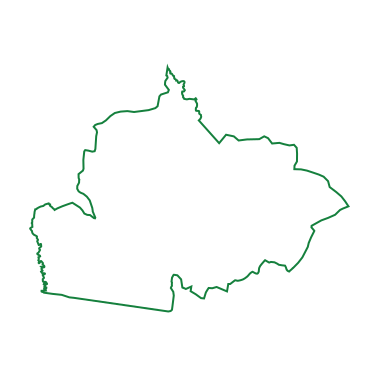 outline of Kota Lubuklinggau, Sumatera Selatan, Indonesia, rotated 96°
{"feature_id": "22746128B74548717001691", "entity_name": "Kota Lubuklinggau", "entity_type": "district", "adm_level": 2, "iso_a3": "IDN", "parent_name": "Indonesia", "parent_adm1": "Sumatera Selatan", "projection": "robinson", "projection_center": [102.884, -3.254], "detail": "fine", "context": "isolated", "style": "outline", "palette": "green", "viewbox_px": 384, "rotation_deg": 96, "n_neighbors": 0, "source": "geoboundaries", "source_scale": "gbopen_adm2", "svg_char_len": 5908}
<svg xmlns="http://www.w3.org/2000/svg" viewBox="0 0 384 384"><g transform="rotate(96 192 192)"><path d="M307.6,328.7L307.9,320.1L307.9,310.8L309.6,303.0L309.6,298.4L313.3,203.1L312.6,200.8L311.2,199.6L307.7,199.5L296.9,199.3L293.2,200.2L289.7,203.0L288.2,202.6L287.6,202.2L287.2,202.2L286.8,202.2L286.3,202.4L285.7,202.4L283.9,202.5L283.5,202.9L283.4,203.0L279.3,202.9L276.6,201.8L276.2,201.4L276.3,199.1L276.4,197.8L280.0,193.7L288.0,191.6L288.6,189.9L288.8,190.0L288.4,189.9L289.1,188.0L286.1,182.8L290.8,183.0L293.3,177.6L296.6,171.9L296.6,168.9L290.4,167.7L287.0,166.1L285.7,165.4L285.6,161.8L283.9,157.6L287.2,146.8L279.7,146.3L279.5,144.4L275.5,140.2L275.3,139.9L275.3,139.7L275.3,139.2L275.4,138.6L275.5,137.7L275.5,137.1L275.3,136.4L274.7,134.6L274.1,133.2L273.5,132.0L272.7,130.9L272.0,130.0L271.4,129.4L270.8,128.7L269.9,127.9L269.4,127.5L267.5,126.2L267.0,125.8L266.9,125.7L266.4,125.3L265.9,124.7L265.5,124.2L265.2,123.8L265.0,123.4L265.9,121.3L266.2,120.4L266.4,119.7L266.4,118.9L266.3,118.6L266.3,118.4L266.1,118.2L265.9,118.0L265.7,118.0L265.9,117.9L265.7,117.9L264.3,117.3L263.5,117.3L262.6,117.3L261.4,117.3L260.4,117.2L259.8,117.0L259.3,116.8L258.3,116.4L256.1,115.0L252.8,112.7L252.4,112.4L252.2,112.2L254.1,107.9L253.3,106.2L253.3,102.6L254.4,99.7L255.3,98.0L255.5,94.7L255.5,91.8L255.6,91.7L256.4,91.2L257.0,90.8L257.6,90.5L258.2,90.3L258.8,90.0L259.3,89.8L259.6,89.4L259.8,89.3L259.9,89.1L260.2,88.9L260.4,88.6L260.8,87.7L260.9,87.0L260.4,86.6L260.7,85.8L260.3,86.6L258.3,84.7L257.1,83.8L257.1,83.6L251.3,79.0L245.5,75.4L234.5,71.1L230.5,70.6L224.6,68.8L218.0,66.3L217.8,66.3L216.9,67.2L214.7,69.5L213.1,69.5L206.7,60.4L203.5,53.9L199.7,47.3L194.4,42.9L192.7,40.2L189.9,34.9L185.3,38.7L180.8,43.0L177.0,48.5L172.7,55.6L167.0,57.8L163.0,62.7L161.4,67.7L160.0,73.9L158.7,79.9L158.1,85.9L158.6,92.6L155.1,92.8L150.7,90.8L143.0,91.5L137.1,92.5L134.4,95.5L135.5,100.0L134.8,105.7L134.0,110.2L135.4,117.4L130.5,122.0L129.1,126.0L132.4,130.6L134.0,143.0L135.9,151.0L132.3,156.2L131.5,164.1L140.6,170.1L120.1,192.7L119.5,192.2L118.1,191.2L116.3,190.7L115.3,191.0L114.4,191.2L113.8,192.3L113.4,192.9L112.9,193.1L111.5,193.2L110.9,193.4L110.7,194.0L110.8,196.2L110.6,196.6L109.1,196.9L107.8,196.8L106.9,196.1L105.2,196.0L103.7,196.2L102.3,197.1L101.3,197.9L100.8,198.0L100.1,197.7L99.5,197.2L99.0,197.5L98.4,198.1L99.7,199.5L99.6,204.2L100.4,206.8L100.2,209.5L99.4,209.9L99.3,210.2L98.9,210.6L98.4,210.9L97.9,210.8L97.4,210.8L96.7,211.2L96.4,211.6L95.9,211.9L95.3,212.0L94.6,212.3L93.8,212.3L93.1,212.2L93.0,211.7L93.0,210.9L92.7,210.4L92.3,210.3L91.7,209.8L91.4,209.8L89.8,211.2L89.4,211.6L88.7,211.9L88.4,211.9L88.2,211.9L87.6,211.0L87.0,211.1L86.6,211.4L86.2,211.6L85.9,211.6L85.5,211.4L84.2,210.9L83.7,210.9L83.2,211.0L82.7,211.5L82.6,212.0L82.8,213.2L83.2,214.3L84.0,215.4L84.8,216.0L84.9,216.4L84.9,216.8L84.6,217.3L83.6,217.8L83.1,218.0L82.6,218.4L82.5,218.7L82.8,219.4L82.3,219.6L81.7,220.0L81.5,220.7L81.3,221.1L80.9,221.5L79.9,221.6L79.5,221.9L79.0,222.0L78.9,222.0L78.6,222.0L78.4,222.4L78.4,222.8L78.1,223.2L77.9,223.3L76.6,224.3L76.3,224.9L76.3,225.2L76.5,225.5L76.4,225.9L75.8,226.2L75.2,226.1L74.4,226.1L73.9,226.5L73.9,226.8L73.6,227.1L73.3,227.4L72.8,227.5L72.4,227.6L72.1,227.9L72.0,228.4L71.5,228.9L70.7,229.3L78.8,229.7L79.2,228.8L80.9,228.2L84.3,230.1L85.8,230.2L88.1,230.1L92.9,225.7L95.4,226.4L98.3,233.0L100.3,234.4L110.3,235.2L112.4,237.2L115.1,243.7L118.5,258.0L118.3,264.7L119.5,271.4L121.5,277.0L125.0,281.1L129.8,285.1L132.9,288.8L134.2,292.9L135.5,295.3L137.4,296.6L140.4,293.4L142.6,292.7L146.5,293.1L159.3,292.6L161.6,293.1L162.3,295.4L161.7,299.3L161.5,302.6L162.9,303.4L171.5,303.4L180.2,302.3L182.1,302.7L186.1,306.7L189.9,306.2L191.5,305.4L191.6,305.5L194.5,305.3L198.0,306.7L200.8,306.5L203.2,304.8L204.3,302.8L205.2,299.8L207.6,296.1L211.1,292.8L218.3,289.5L220.6,288.9L220.9,288.8L221.1,288.8L221.7,288.7L227.6,285.5L228.3,285.7L228.2,286.8L225.6,291.0L225.7,293.8L224.7,296.8L221.8,299.0L219.2,301.8L215.2,309.8L216.0,311.7L217.6,315.1L219.7,319.4L222.3,324.1L224.2,326.8L223.5,327.3L223.1,328.0L222.6,328.8L222.3,329.1L221.8,329.6L221.3,330.3L221.1,330.8L220.9,331.2L220.4,331.8L219.9,332.0L219.6,331.8L219.2,331.8L219.1,332.1L219.1,332.4L219.2,332.7L219.0,333.0L218.8,333.0L218.4,333.2L218.3,333.3L219.5,336.2L219.7,336.7L221.4,338.4L222.3,341.0L223.4,342.8L224.6,344.5L225.3,344.9L225.6,346.1L228.5,346.5L229.7,346.4L230.2,346.5L232.4,346.5L234.0,346.4L235.9,347.9L236.4,348.0L238.7,347.7L239.4,348.1L239.8,348.1L240.1,347.8L240.3,347.6L241.8,347.4L243.4,347.1L244.7,348.9L245.4,349.1L247.1,347.6L247.5,347.1L249.2,346.6L250.1,345.9L251.1,344.6L251.6,343.2L252.2,341.8L252.6,341.5L253.9,341.6L255.6,340.2L255.9,340.2L257.1,340.8L260.7,338.9L260.5,338.1L259.6,337.3L259.5,336.9L259.7,336.7L261.6,336.3L262.0,336.3L263.6,337.9L264.1,338.1L264.5,338.0L265.5,337.1L265.9,337.2L267.3,337.9L268.2,338.2L269.3,339.4L270.0,339.2L270.4,338.5L271.2,336.6L271.6,336.4L271.9,336.3L273.0,337.9L274.6,337.3L276.0,337.7L276.9,336.7L278.5,337.1L278.8,336.8L278.7,336.4L276.5,335.1L276.5,334.7L278.0,333.1L278.4,332.8L279.4,333.1L279.8,332.8L280.9,331.3L281.6,331.0L282.2,331.1L282.5,331.6L282.4,332.4L282.0,333.7L282.1,334.1L283.1,333.0L284.1,333.7L284.5,333.6L285.8,332.4L286.1,332.5L286.9,333.8L287.1,333.7L288.6,332.2L288.2,330.8L288.5,329.8L289.1,329.9L289.9,331.6L290.2,331.8L292.6,330.3L293.0,330.3L294.0,331.1L294.3,331.3L296.3,331.0L296.7,330.7L296.9,330.2L296.7,328.5L296.9,327.8L298.4,326.6L298.6,326.6L298.8,327.1L298.5,329.5L298.9,329.7L299.4,329.8L299.6,329.5L299.8,328.3L300.0,328.0L300.3,328.0L301.8,329.0L302.0,329.0L302.2,328.8L302.2,326.9L302.6,326.8L302.9,326.9L303.8,328.9L304.2,328.8L304.3,328.7L304.5,328.5L304.6,327.3L304.8,327.1L305.1,327.2L305.2,327.6L305.3,327.5L305.4,328.3L305.6,328.9L305.9,330.4L306.0,331.3L306.3,331.3L306.7,331.2L306.9,330.8L307.1,329.7L307.2,329.0L307.6,328.7Z" fill="none" stroke="#15803d" stroke-width="2"/></g></svg>